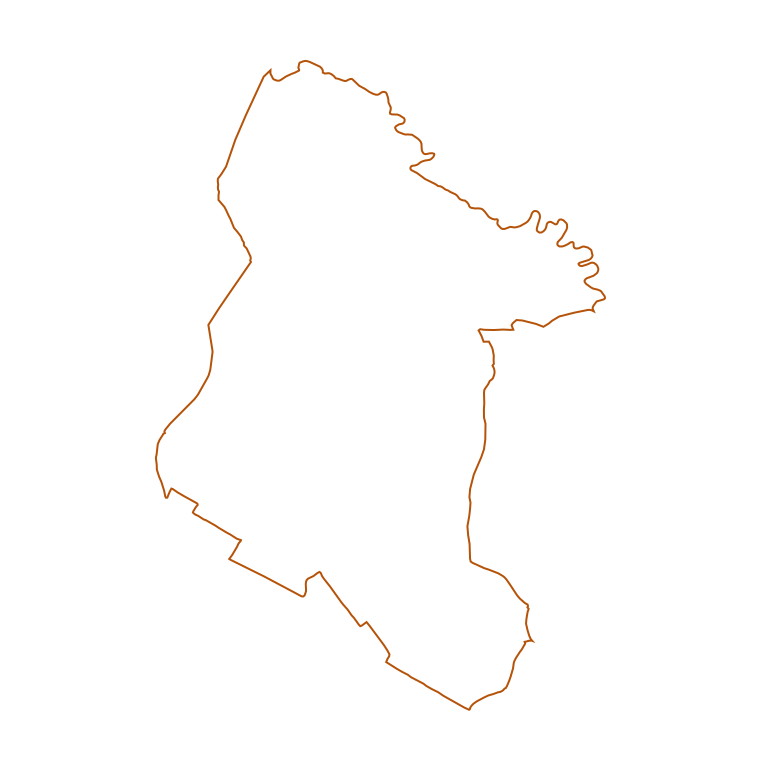 Porumbesti, Satu Mare, Romania (Equal Earth projection), rotated 199°
{"feature_id": "2599482B57737468340050", "entity_name": "Porumbesti", "entity_type": "district", "adm_level": 2, "iso_a3": "ROU", "parent_name": "Romania", "parent_adm1": "Satu Mare", "projection": "equal_earth", "projection_center": [22.962, 47.979], "detail": "fine", "context": "isolated", "style": "outline", "palette": "amber", "viewbox_px": 768, "rotation_deg": 199, "n_neighbors": 0, "source": "geoboundaries", "source_scale": "gbopen_adm2", "svg_char_len": 6166}
<svg xmlns="http://www.w3.org/2000/svg" viewBox="0 0 768 768"><g transform="rotate(199 384 384)"><path d="M593.5,643.7L597.8,635.4L602.1,593.3L604.1,566.5L604.1,538.1L606.1,529.5L607.8,524.3L607.7,523.2L607.0,521.1L605.7,518.6L605.0,515.6L604.1,513.7L602.6,512.1L601.9,508.5L600.4,504.1L592.7,499.6L590.2,497.3L585.5,492.4L583.2,490.3L576.7,482.8L572.1,480.1L567.2,476.8L564.8,473.8L562.6,472.2L561.6,469.7L561.3,469.2L558.0,467.5L551.8,461.1L550.9,459.6L550.7,457.2L549.5,456.1L561.0,415.1L564.8,401.2L569.3,382.7L557.1,359.8L556.5,358.4L552.9,341.0L552.6,335.3L552.9,332.6L556.4,313.6L557.5,310.1L558.5,307.5L573.2,277.1L575.8,270.1L576.2,268.4L576.1,267.5L575.2,266.2L576.4,265.2L576.4,264.7L578.0,258.0L578.2,255.4L578.3,253.4L576.0,243.0L575.8,240.8L575.4,239.3L572.7,233.9L570.9,229.1L566.6,223.3L562.5,218.8L557.2,211.6L554.1,206.3L553.2,205.5L551.9,206.0L551.6,211.8L551.0,215.9L549.5,215.9L543.8,214.3L536.9,212.9L522.0,210.3L521.1,209.7L520.8,208.8L521.7,206.8L522.9,201.5L522.8,200.2L521.4,199.6L519.8,199.1L516.6,198.8L510.3,197.2L508.4,197.3L496.8,195.1L493.5,194.2L485.0,192.4L480.2,191.6L472.9,189.8L468.4,189.8L468.5,188.5L469.2,187.1L469.7,185.2L469.9,182.6L471.9,172.8L473.4,168.2L471.8,167.8L434.6,163.0L392.8,156.4L391.2,156.8L390.3,158.1L390.2,160.5L390.3,162.7L390.8,164.3L392.8,169.2L393.3,171.5L393.3,173.5L392.4,175.3L388.1,179.5L385.2,183.9L383.7,185.3L382.2,184.7L379.9,182.1L377.6,180.4L369.0,174.9L353.5,163.9L350.7,162.1L345.0,158.9L339.3,154.7L336.6,153.3L329.5,148.3L327.6,147.3L326.3,148.4L323.0,153.2L318.8,150.6L299.2,137.2L294.1,133.2L290.8,130.1L290.5,128.2L291.2,125.2L291.4,121.8L279.2,118.9L273.1,117.7L266.6,116.8L262.8,115.5L249.2,113.5L245.7,112.3L239.4,111.1L232.4,110.2L226.2,108.5L221.2,107.6L202.7,104.2L197.5,103.7L196.9,104.6L197.1,106.0L196.5,108.3L195.4,110.7L193.0,114.1L186.9,120.6L183.9,123.5L179.5,126.6L175.7,129.7L173.7,130.8L171.7,133.1L170.9,135.2L169.9,136.1L169.4,138.4L169.0,144.5L169.0,148.5L169.4,157.0L170.5,162.6L170.5,164.7L170.0,168.1L168.2,175.2L167.4,177.5L166.0,184.5L167.1,186.0L165.6,186.8L163.6,188.3L161.0,189.4L160.2,189.4L162.1,190.5L164.6,193.1L167.9,197.6L171.6,203.5L172.7,207.6L173.4,211.4L174.0,215.3L174.0,218.4L175.7,219.6L175.5,220.8L176.4,222.2L179.6,222.8L185.6,225.3L189.2,227.4L200.4,236.0L205.0,239.3L207.3,240.5L209.4,241.2L214.4,242.2L224.3,242.6L229.3,242.5L241.8,243.7L244.2,244.3L245.7,246.7L251.0,260.6L255.2,268.4L258.8,276.6L260.4,286.9L262.1,294.5L263.6,300.0L266.4,304.8L268.4,312.8L269.6,327.6L268.2,346.6L268.2,354.8L270.1,364.3L275.1,379.5L278.6,385.0L281.2,392.3L283.0,398.7L286.5,408.0L287.2,410.9L286.8,413.0L285.5,417.4L285.0,421.3L283.7,423.1L282.9,424.9L282.8,428.4L283.2,430.9L284.0,432.8L285.2,434.6L287.4,436.8L286.7,438.7L288.2,442.5L289.4,446.5L292.5,452.0L293.8,453.7L298.6,458.2L303.6,456.4L307.4,461.1L312.0,465.5L310.9,467.1L306.8,467.9L297.7,470.8L289.2,474.2L282.5,476.2L279.4,477.4L282.5,481.1L282.1,483.2L279.6,487.6L273.8,489.1L259.8,490.3L251.9,490.0L247.7,495.1L245.7,498.5L240.3,504.9L227.3,513.4L215.5,520.3L213.9,521.0L211.6,521.3L209.3,521.0L211.3,523.2L211.6,524.8L211.3,526.7L209.8,531.3L203.7,535.6L203.0,536.8L203.1,537.5L204.2,539.0L209.2,542.5L212.5,542.8L217.4,542.3L219.8,542.7L225.4,544.4L227.2,545.6L227.8,546.3L228.0,547.0L227.6,548.7L226.7,550.0L221.2,554.5L219.3,557.3L218.8,558.1L218.4,559.7L218.5,561.6L219.2,563.3L220.7,565.0L222.1,566.0L224.9,566.8L226.5,566.6L227.7,566.0L231.1,562.9L235.3,559.9L237.5,559.6L238.8,560.4L239.2,560.9L239.0,561.5L238.5,562.3L230.8,567.9L229.4,569.6L228.6,571.8L228.7,573.7L229.6,574.8L231.5,577.9L232.1,578.3L235.7,579.4L239.5,579.1L240.9,578.6L244.1,575.7L246.5,574.6L247.6,574.6L248.7,575.0L249.4,575.8L250.7,579.0L251.5,579.5L252.2,579.5L253.7,578.7L255.6,576.2L257.6,574.1L260.0,572.2L262.8,571.2L264.1,571.4L265.4,572.2L265.9,573.5L265.9,574.9L263.5,580.1L261.7,589.1L261.8,591.6L262.9,594.4L264.0,595.5L267.6,597.2L270.0,597.3L271.5,596.6L272.2,595.2L272.4,592.4L272.8,591.4L273.5,590.9L274.2,590.8L278.8,591.6L280.1,591.3L281.2,590.4L281.9,589.3L282.1,588.3L281.7,584.7L281.9,582.7L282.9,580.4L284.4,578.6L286.0,577.9L286.9,577.9L288.7,578.4L289.7,579.4L290.1,580.7L290.4,584.0L290.6,590.9L290.9,592.7L291.7,594.5L292.8,595.8L294.6,596.9L296.0,597.1L297.7,596.7L298.7,596.0L299.4,594.7L299.7,593.3L299.7,589.9L300.1,587.5L301.0,584.6L302.2,582.7L306.7,577.6L310.3,575.1L312.0,574.4L315.8,573.7L320.4,569.9L322.5,569.2L323.9,569.3L328.1,571.5L329.0,572.5L329.4,573.9L329.6,575.7L330.1,576.4L330.9,576.5L333.0,575.6L335.5,575.4L337.7,575.7L339.6,576.3L344.5,579.6L347.0,580.9L348.2,581.3L349.6,581.3L352.0,580.8L354.8,579.7L358.6,579.0L359.9,579.1L361.1,579.7L362.5,581.4L364.5,582.8L367.1,583.8L369.6,583.3L372.3,583.5L373.3,583.9L376.0,585.8L378.1,586.6L384.1,587.2L386.1,587.8L389.4,587.9L392.8,589.0L394.8,589.3L397.2,588.8L400.4,589.7L412.0,591.2L421.4,594.2L427.6,595.1L428.7,595.7L429.3,596.6L429.4,597.7L429.2,598.5L428.5,599.4L425.7,600.8L424.6,601.6L423.5,602.7L421.4,605.9L419.5,607.5L418.2,608.5L414.4,610.5L413.3,611.3L412.5,612.3L411.3,614.7L411.1,616.2L411.1,617.3L411.6,618.0L413.6,617.9L415.6,617.1L419.4,614.9L420.9,614.7L422.1,615.1L423.7,616.5L424.7,618.1L426.8,623.4L427.6,624.3L428.3,625.1L429.9,626.1L431.9,627.0L438.6,628.8L442.9,627.7L444.5,627.0L446.2,626.7L452.2,626.9L454.0,627.4L455.3,628.2L456.7,629.6L457.0,630.2L456.7,631.5L454.4,634.3L451.3,636.2L450.4,637.4L450.1,638.8L450.5,640.6L451.5,641.8L456.8,643.1L459.1,643.1L464.3,641.5L466.1,641.5L466.7,642.3L467.1,646.2L467.7,647.8L471.4,651.6L472.3,653.9L473.5,656.1L475.9,659.2L477.0,660.2L478.6,660.3L480.0,659.9L481.4,658.8L483.1,656.3L484.5,655.3L486.0,654.9L488.5,654.8L492.9,655.4L498.0,656.8L504.5,657.9L513.2,661.9L514.4,661.8L516.1,660.7L518.4,658.3L519.4,657.8L521.1,657.6L526.4,657.7L529.2,657.3L531.6,658.8L534.5,659.8L536.6,660.0L537.7,659.8L541.0,658.3L543.2,658.5L544.0,660.6L545.7,662.2L547.9,663.2L558.6,664.3L561.4,664.3L563.5,663.9L565.0,663.1L568.3,660.4L568.5,659.1L567.9,655.1L566.4,653.3L566.4,652.7L569.7,649.3L572.5,647.0L576.9,642.7L580.7,637.7L581.8,636.7L584.0,636.0L587.0,636.1L588.3,636.5L592.5,640.6L593.5,643.7Z" fill="none" stroke="#b45309" stroke-width="2"/></g></svg>